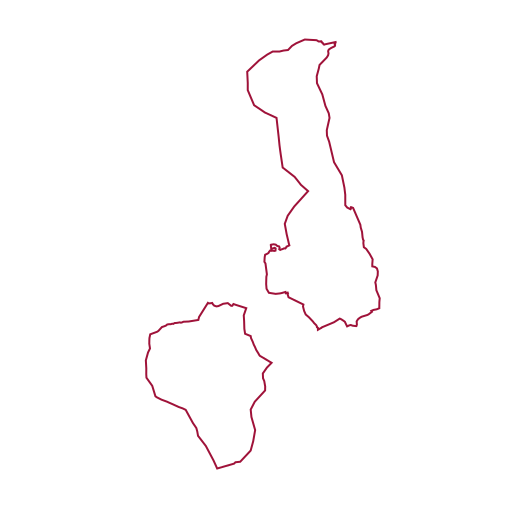 Gusau, Zamfara, Nigeria (orthographic projection), rotated 162°
{"feature_id": "59680162B80813578140782", "entity_name": "Gusau", "entity_type": "district", "adm_level": 2, "iso_a3": "NGA", "parent_name": "Nigeria", "parent_adm1": "Zamfara", "projection": "orthographic", "projection_center": [6.754, 11.999], "detail": "fine", "context": "isolated", "style": "outline", "palette": "rose", "viewbox_px": 512, "rotation_deg": 162, "n_neighbors": 0, "source": "geoboundaries", "source_scale": "gbopen_adm2", "svg_char_len": 4307}
<svg xmlns="http://www.w3.org/2000/svg" viewBox="0 0 512 512"><g transform="rotate(162 256 256)"><path d="M114.2,434.9L125.1,436.0L125.7,435.9L126.2,436.2L126.4,436.5L126.4,436.8L126.4,437.2L126.5,437.4L126.6,437.8L126.8,438.0L127.1,438.3L127.3,438.6L127.3,439.1L127.3,439.6L127.5,439.9L127.6,440.1L127.8,440.2L128.0,440.1L128.4,440.0L128.7,440.1L129.0,440.3L129.4,440.5L129.8,440.5L130.3,440.8L131.0,441.8L131.9,442.6L142.7,446.8L151.9,445.9L156.9,444.7L161.9,442.0L166.4,442.9L170.5,443.2L176.9,445.3L183.0,444.1L192.6,441.1L207.4,434.0L210.4,423.0L212.6,416.3L211.2,400.0L203.4,390.0L203.4,389.9L193.8,381.0L197.7,362.0L199.4,354.2L200.4,348.9L201.0,345.5L203.3,331.9L194.8,319.3L192.4,312.9L191.3,309.8L186.4,301.6L204.3,291.3L213.4,284.5L218.7,277.7L220.1,267.3L220.9,257.6L221.0,255.8L221.8,255.7L222.0,255.7L222.6,255.6L224.1,255.5L224.6,254.8L225.8,254.1L226.8,254.6L228.2,254.4L230.5,254.4L231.1,254.3L231.8,255.2L230.9,256.8L231.1,258.0L232.7,259.0L233.7,260.7L235.6,261.7L238.3,262.1L238.5,262.0L239.3,258.1L235.7,258.0L235.0,257.1L235.8,255.1L236.8,255.1L238.7,256.0L239.9,256.2L240.9,256.8L242.2,256.0L243.2,255.0L244.9,254.6L246.9,254.4L248.1,252.2L249.8,247.9L249.3,246.0L251.3,235.2L252.6,233.0L255.0,226.2L256.1,221.6L255.1,217.0L249.0,213.9L244.7,213.0L242.6,212.8L241.7,212.8L239.1,212.7L239.2,211.4L237.2,211.4L237.2,210.4L237.8,210.3L237.8,209.4L237.8,206.7L225.9,195.2L226.9,193.5L227.2,188.9L226.8,185.0L224.6,181.4L222.1,176.1L221.5,174.3L220.1,171.6L219.8,169.7L220.0,169.4L219.8,169.1L219.3,168.4L219.4,168.2L219.6,167.7L219.9,166.7L216.5,167.4L216.0,167.4L215.8,167.5L215.6,167.7L215.3,167.8L214.7,167.9L214.1,167.9L206.9,168.5L202.3,168.9L195.7,170.6L194.8,169.8L194.0,168.9L192.8,167.4L191.8,166.0L191.6,164.3L191.1,160.9L189.6,161.1L188.7,161.2L187.2,161.1L185.7,159.9L182.3,158.3L182.2,158.3L181.4,159.4L181.3,159.5L180.9,161.0L180.5,162.7L179.9,163.2L178.7,164.2L178.3,164.4L178.1,164.5L177.8,164.7L177.5,164.7L177.3,164.8L177.1,164.9L176.7,165.0L175.5,165.4L175.0,165.4L174.8,165.5L174.3,165.6L168.4,165.5L167.0,165.7L163.0,167.1L163.3,168.2L160.9,168.4L157.7,168.0L154.9,168.2L152.9,174.1L151.4,177.6L152.1,186.3L151.2,190.2L150.9,191.7L150.7,194.0L146.3,199.9L144.9,203.7L144.8,206.8L146.2,208.8L148.6,210.2L147.9,212.4L146.1,216.8L147.3,223.0L149.0,228.7L150.7,231.0L149.9,235.2L149.4,236.2L149.4,236.4L148.8,237.5L149.1,238.3L149.1,238.9L149.0,239.5L148.9,240.7L147.7,246.2L147.6,250.7L147.1,253.5L148.8,271.7L149.7,272.5L150.3,273.0L150.6,273.1L150.7,272.8L150.9,272.4L151.2,272.3L151.2,272.0L151.2,271.6L151.7,271.3L154.3,273.9L155.4,276.7L152.2,286.6L150.8,293.7L149.4,306.2L152.8,321.1L151.1,342.1L151.3,348.5L149.8,353.8L143.4,364.6L142.7,369.2L143.6,377.3L143.0,389.2L144.6,401.5L142.7,408.2L138.4,414.8L136.5,418.1L127.4,422.9L125.4,424.6L124.4,426.4L124.2,428.2L123.8,429.0L123.0,429.8L122.2,430.1L120.8,430.5L119.7,430.7L118.5,430.9L117.2,431.0L116.3,431.3L115.9,431.5L115.8,431.9L115.8,432.2L115.5,432.4L115.5,432.7L115.7,433.3L115.7,433.6L115.5,433.8L115.4,434.1L114.7,434.0L114.3,434.4L114.2,434.9ZM358.6,65.9L341.0,65.3L339.3,66.2L334.6,65.2L328.8,68.4L321.2,72.6L315.9,80.7L310.6,90.7L310.1,104.3L308.5,111.6L302.2,117.8L288.9,125.3L287.6,129.0L286.8,134.5L287.1,137.5L285.8,142.2L280.1,146.5L274.2,149.6L283.2,159.9L283.6,161.2L283.8,162.5L284.8,166.5L285.1,169.9L285.5,172.3L285.6,175.3L286.1,179.5L285.8,181.5L290.4,185.4L289.6,190.3L287.4,197.8L286.0,203.3L281.4,209.4L290.2,215.7L292.3,217.3L293.9,216.0L295.0,216.3L297.4,219.9L302.0,220.7L307.2,220.0L309.2,220.3L310.0,220.9L310.7,221.4L311.1,221.7L311.4,222.4L311.9,223.3L312.0,224.1L312.2,224.9L313.4,225.0L314.6,225.3L315.6,225.5L316.2,226.3L329.0,215.6L330.6,213.0L340.3,214.5L345.3,215.9L347.0,215.7L348.1,215.8L348.9,216.4L351.7,216.8L352.7,217.0L354.2,217.4L355.6,217.0L356.6,217.5L358.2,217.5L359.7,218.0L361.6,218.3L363.3,217.6L365.7,217.5L367.4,217.5L372.0,214.9L373.4,214.5L380.8,214.2L381.6,212.8L382.7,210.9L383.6,208.5L384.3,206.4L384.6,205.6L385.4,200.8L388.5,197.6L393.0,190.8L395.1,182.9L396.9,177.5L397.8,174.1L394.8,164.6L395.0,153.7L394.1,152.4L390.3,148.6L385.5,144.8L383.9,143.3L381.4,141.1L376.2,136.3L372.9,133.8L370.4,131.4L367.6,116.6L365.9,110.8L366.1,107.1L366.7,102.9L362.4,90.8L359.6,74.8L359.0,69.6L358.6,65.9Z" fill="none" stroke="#9f1239" stroke-width="2"/></g></svg>